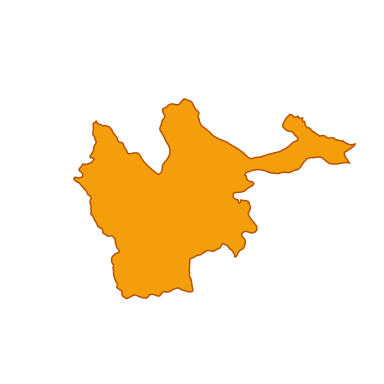 Turmalina, Minas Gerais, Brazil (orthographic projection), rotated 301°
{"feature_id": "56859067B92924198369136", "entity_name": "Turmalina", "entity_type": "district", "adm_level": 2, "iso_a3": "BRA", "parent_name": "Brazil", "parent_adm1": "Minas Gerais", "projection": "orthographic", "projection_center": [-42.797, -17.256], "detail": "fine", "context": "isolated", "style": "filled", "palette": "amber", "viewbox_px": 384, "rotation_deg": 301, "n_neighbors": 0, "source": "geoboundaries", "source_scale": "gbopen_adm2", "svg_char_len": 6064}
<svg xmlns="http://www.w3.org/2000/svg" viewBox="0 0 384 384"><g transform="rotate(301 192 192)"><path d="M66.9,190.8L68.5,192.1L70.0,192.9L71.6,194.0L73.4,194.7L74.4,196.3L74.8,198.2L75.5,202.7L76.0,204.5L76.8,205.9L77.4,207.4L79.1,208.2L81.0,208.5L82.4,208.8L83.7,210.3L84.6,212.7L84.9,214.9L85.3,216.4L86.3,217.8L91.3,218.5L92.5,219.8L93.1,221.9L94.1,223.1L95.5,224.1L96.8,225.3L98.8,225.9L100.5,227.6L102.0,228.6L102.9,230.4L102.8,232.5L102.9,234.0L103.9,237.2L104.2,239.4L106.0,242.7L107.5,243.6L109.1,242.7L111.4,240.5L113.9,238.6L116.4,236.4L117.7,234.7L118.7,233.1L120.3,232.1L121.7,231.6L122.9,230.2L125.1,229.2L129.6,226.8L131.3,225.8L133.1,224.9L135.1,225.7L136.4,227.0L139.5,228.5L141.0,229.9L142.7,231.7L144.1,232.3L145.5,233.0L147.1,234.1L148.8,234.3L150.4,236.4L152.1,240.7L153.6,241.9L156.5,243.3L158.1,244.6L160.4,244.9L162.3,244.7L164.1,245.4L163.9,247.3L164.1,249.5L163.4,252.2L162.5,253.6L162.8,255.2L161.1,259.4L159.9,261.1L158.4,261.9L159.6,263.1L162.2,263.0L164.0,262.9L165.6,263.0L167.3,263.5L168.8,264.6L170.4,264.9L172.7,264.9L174.6,264.3L176.2,263.6L177.7,262.7L178.9,260.9L179.6,258.4L180.7,256.6L182.5,256.3L184.9,257.1L186.1,258.8L186.8,260.9L187.1,262.9L187.7,264.3L188.7,265.5L190.6,266.9L193.2,267.0L194.8,266.1L196.1,264.7L197.4,261.7L199.3,256.3L200.1,254.6L201.0,253.0L202.3,251.5L204.0,250.9L206.1,250.9L208.5,250.3L209.8,249.1L210.9,247.6L212.7,245.8L212.6,242.9L211.8,241.7L211.0,240.0L210.4,238.1L208.6,238.7L206.5,238.1L207.4,236.9L208.9,235.8L208.8,234.2L208.0,233.0L208.6,230.4L209.8,229.3L211.2,228.7L212.9,228.3L215.7,232.1L216.8,233.7L217.9,234.6L218.9,235.8L220.4,236.8L223.9,237.9L226.6,239.3L228.7,240.6L230.9,240.8L231.9,238.8L230.5,234.8L231.3,232.6L232.5,231.2L233.7,230.3L233.6,228.6L235.9,228.3L237.6,229.1L238.8,230.4L240.2,231.5L241.8,232.8L243.3,234.6L244.8,236.5L245.9,238.2L247.0,241.0L248.1,244.5L248.2,246.1L248.6,248.3L249.3,250.3L251.6,255.3L253.0,257.4L255.0,258.9L256.3,260.5L257.1,262.0L257.7,263.8L258.8,265.3L260.5,266.9L263.1,268.3L265.1,270.6L266.6,271.5L268.0,272.0L269.9,272.2L273.4,272.3L275.1,272.5L279.0,273.3L280.8,274.3L282.7,276.1L283.8,278.1L285.0,279.8L286.5,281.4L287.6,283.3L288.2,285.1L288.2,286.6L288.0,288.5L287.6,290.6L287.3,292.3L287.3,294.5L287.6,296.5L289.5,300.0L290.5,301.6L293.3,305.0L294.7,306.4L296.0,308.0L297.3,310.1L298.0,311.9L298.9,310.0L299.9,308.2L300.7,305.7L302.5,303.7L303.9,302.6L305.3,302.4L306.5,303.4L308.8,304.5L310.6,305.6L312.5,305.9L313.9,306.9L315.6,307.3L317.1,307.1L314.4,304.1L313.8,302.4L313.4,300.9L313.5,299.1L312.9,297.1L313.8,295.6L312.4,293.4L311.9,291.1L311.2,289.0L310.8,287.5L311.4,285.6L310.5,284.0L308.5,281.4L308.1,279.4L308.5,277.1L307.9,275.2L305.7,272.5L306.0,270.4L305.8,268.4L306.5,266.2L306.0,264.4L306.4,262.5L307.2,260.6L307.3,259.0L306.5,257.8L306.9,256.3L307.8,254.5L309.0,253.3L310.5,252.2L309.6,250.6L310.5,249.5L312.4,248.7L310.7,246.8L311.0,245.0L311.7,243.8L310.2,243.0L309.1,241.8L309.0,239.8L309.6,237.6L309.1,236.0L307.2,235.6L305.2,235.0L303.2,234.7L300.9,234.7L297.3,235.1L295.5,235.4L294.6,236.5L294.0,238.3L293.5,241.5L294.1,243.7L295.0,246.0L294.8,248.7L293.8,250.6L293.0,254.7L290.7,255.8L288.8,254.7L287.3,253.3L284.6,252.4L282.4,251.9L280.1,251.0L276.9,249.5L272.7,246.9L271.3,245.8L269.5,244.1L267.9,242.4L262.7,237.2L258.5,233.8L257.1,232.5L256.2,231.3L255.3,229.8L254.0,228.2L252.5,227.0L250.9,225.3L250.5,222.9L250.9,221.0L251.1,219.5L251.7,217.3L252.2,214.5L252.5,209.8L252.6,205.1L252.5,202.3L252.5,199.7L252.7,195.9L251.5,189.0L251.1,183.8L251.2,181.2L251.5,179.6L252.0,177.9L252.5,175.9L252.7,174.2L253.0,172.8L253.3,170.2L253.6,166.6L254.2,164.8L256.6,161.7L258.2,160.5L259.2,159.0L260.7,157.9L262.3,157.7L263.5,157.1L264.1,155.6L264.3,153.9L264.8,152.5L265.6,150.9L267.6,147.6L268.6,146.3L269.2,144.8L268.5,141.1L268.3,138.9L267.7,137.2L266.2,136.8L264.7,136.2L263.2,136.0L261.8,136.2L260.0,135.5L258.6,133.6L258.2,131.9L257.7,130.4L256.6,128.7L255.2,127.6L253.8,126.8L251.9,126.6L249.0,124.6L247.5,124.2L245.8,125.5L243.6,128.7L242.2,130.2L240.8,130.1L238.5,129.6L236.4,130.0L233.4,131.1L231.5,131.2L229.0,132.3L227.8,133.9L227.2,135.4L225.8,138.1L222.2,143.4L221.6,144.8L220.0,147.7L218.5,149.7L216.6,151.3L214.9,152.6L213.2,153.3L210.7,153.7L208.1,153.9L204.6,153.4L203.3,153.0L201.9,152.9L199.9,153.0L198.1,153.7L196.4,154.7L194.5,155.2L192.6,155.5L190.9,154.8L189.7,154.0L190.0,149.8L190.8,144.6L191.3,142.8L192.1,138.8L192.6,137.2L193.1,135.5L195.1,131.0L195.9,129.7L197.0,128.1L197.4,125.6L196.6,123.6L195.1,121.5L193.6,120.0L192.2,118.3L192.1,116.8L193.1,115.7L194.1,114.2L194.9,112.2L195.6,110.9L196.6,109.7L198.0,108.1L198.2,106.1L197.2,103.8L198.0,101.5L199.9,100.2L200.5,98.4L201.7,95.2L202.3,93.4L203.6,92.0L205.0,88.5L205.0,86.4L204.7,84.8L204.2,83.2L203.2,82.1L202.7,79.9L202.3,77.5L202.3,75.0L203.4,73.5L201.5,72.6L199.8,72.1L198.4,73.0L194.9,75.2L192.9,76.0L191.1,76.6L189.7,78.1L189.3,79.8L187.8,81.0L186.8,82.4L185.6,84.2L183.5,84.6L181.2,84.3L177.2,86.0L175.5,86.2L173.4,86.3L171.5,86.3L169.7,86.2L169.1,87.6L170.0,89.2L170.1,91.0L167.8,91.0L165.5,90.6L162.3,88.1L161.0,87.2L159.7,84.0L156.0,84.0L154.6,83.5L153.0,83.7L152.1,84.9L152.0,87.4L151.1,88.7L150.0,89.9L148.3,90.3L147.2,89.1L145.9,88.3L145.2,86.4L144.9,84.9L143.8,83.8L142.3,84.0L141.6,85.8L141.5,88.5L141.6,90.6L140.0,95.7L138.8,98.7L138.6,100.7L136.4,103.7L135.7,108.2L133.8,108.9L131.6,109.3L130.0,110.4L128.9,111.7L127.8,112.7L126.5,113.5L125.2,114.2L123.8,115.4L122.6,116.1L121.1,116.5L120.5,118.6L119.3,121.0L118.0,122.7L116.9,124.5L116.0,126.4L114.1,129.0L113.7,131.1L114.3,133.4L113.5,134.9L111.8,135.9L110.8,137.3L111.2,139.7L110.6,141.5L111.3,143.4L112.6,144.9L113.2,146.7L112.8,148.4L112.2,150.2L110.3,151.6L108.5,152.8L107.6,154.4L106.2,155.5L105.3,157.2L104.6,159.1L103.3,160.6L101.5,159.6L99.6,158.0L97.6,157.7L95.8,157.0L93.7,157.4L91.8,158.3L90.6,159.4L88.6,162.7L86.7,163.2L83.3,165.8L81.4,166.9L79.9,168.2L77.0,171.6L76.0,173.0L75.3,174.6L74.5,175.8L73.0,176.0L71.3,177.0L71.0,180.4L71.1,182.2L70.2,183.4L68.4,184.4L67.0,186.2L66.9,190.8Z" fill="#f59e0b" stroke="#b45309" stroke-width="1.5"/></g></svg>